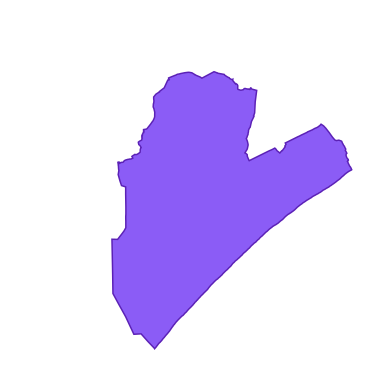 outline of Vērgales pag., Pavilostas, Latvia, rotated 225°
{"feature_id": "27541924B6474784348402", "entity_name": "Vērgales pag.", "entity_type": "district", "adm_level": 2, "iso_a3": "LVA", "parent_name": "Latvia", "parent_adm1": "Pavilostas", "projection": "orthographic", "projection_center": [21.107, 56.72], "detail": "fine", "context": "isolated", "style": "filled", "palette": "violet", "viewbox_px": 384, "rotation_deg": 225, "n_neighbors": 0, "source": "geoboundaries", "source_scale": "gbopen_adm2", "svg_char_len": 5921}
<svg xmlns="http://www.w3.org/2000/svg" viewBox="0 0 384 384"><g transform="rotate(225 192 192)"><path d="M107.6,54.7L107.6,54.8L107.7,55.4L107.7,56.5L108.4,61.3L108.4,62.4L108.3,63.3L108.4,63.8L108.4,65.3L108.8,68.2L108.8,69.6L108.9,70.1L109.1,71.9L109.1,72.3L109.2,73.0L109.2,74.1L109.5,76.9L109.6,77.9L109.9,79.4L110.1,80.5L110.5,82.7L110.5,83.4L110.8,84.2L110.9,85.5L110.8,85.9L111.0,86.5L111.3,89.1L111.3,90.0L111.4,91.4L111.4,94.2L111.4,97.1L111.2,97.9L111.1,98.5L111.3,101.7L111.2,102.4L111.2,103.6L111.4,104.9L111.4,105.7L111.5,107.3L111.4,108.2L111.5,108.8L111.4,109.6L111.5,111.2L111.4,112.1L111.6,113.5L111.7,114.2L111.6,114.7L111.9,116.1L111.8,116.8L111.8,117.1L111.8,117.9L112.0,118.6L111.8,119.3L112.0,120.9L112.0,121.9L112.1,122.6L112.0,123.8L112.2,124.8L112.2,125.7L112.1,126.2L112.1,127.9L112.2,129.1L112.1,130.0L112.2,131.0L112.1,132.1L112.1,132.7L112.1,134.1L112.5,136.3L112.8,139.9L112.8,140.9L112.7,141.5L112.8,143.3L112.8,144.9L112.8,145.3L112.8,146.0L112.7,147.5L112.4,148.7L112.5,149.8L112.3,151.8L112.3,153.5L112.2,154.6L112.3,155.3L112.4,156.0L112.4,156.5L112.4,158.7L112.4,160.1L112.2,162.1L112.3,164.7L112.2,166.1L112.2,167.5L112.5,169.2L112.5,169.7L112.6,170.0L112.6,171.3L112.5,171.7L112.5,172.2L112.6,173.3L112.6,173.8L112.4,175.5L112.3,176.0L112.3,178.0L112.1,179.2L112.2,180.7L112.0,182.7L112.2,183.6L112.2,184.4L112.2,184.9L112.2,186.5L111.9,187.7L112.0,188.5L111.9,190.7L112.0,191.6L111.8,192.9L112.0,195.3L112.0,196.4L112.0,196.7L111.9,197.5L111.9,199.7L111.7,200.8L111.5,201.7L111.5,202.1L111.6,202.5L111.6,204.1L111.6,205.0L111.4,206.2L111.6,207.7L111.5,209.3L111.5,209.9L111.3,210.6L111.4,212.7L111.3,213.9L111.4,215.3L111.1,217.4L111.1,218.2L111.1,219.4L111.1,219.8L111.0,220.9L111.0,221.1L110.8,221.9L110.8,222.7L110.6,223.3L110.6,224.1L110.6,224.7L110.5,225.2L110.3,225.5L110.2,226.4L109.6,228.2L109.6,228.5L109.1,230.8L108.9,234.2L108.5,236.6L108.6,240.4L108.5,241.6L108.4,242.9L108.3,243.4L108.3,244.1L107.9,245.0L108.0,245.3L108.0,245.6L107.6,246.6L107.0,250.2L106.8,252.1L106.8,255.7L106.3,259.8L106.0,261.2L105.9,262.7L105.4,264.8L105.0,267.2L104.1,270.7L104.0,271.3L103.6,272.6L103.6,273.3L103.5,274.1L103.0,275.8L102.6,277.0L102.2,278.7L101.8,279.5L101.6,280.8L101.0,282.8L100.8,284.2L100.7,284.8L100.6,286.0L100.4,286.7L100.0,287.7L99.6,289.7L99.3,290.5L99.1,291.3L98.8,292.2L98.6,294.1L98.3,295.0L98.1,296.6L97.9,297.4L97.3,301.3L97.2,302.7L96.7,305.8L96.7,308.6L96.5,310.3L96.5,311.0L96.4,311.5L96.5,312.1L96.5,312.6L96.3,313.3L96.3,314.0L96.0,316.0L95.6,317.9L94.9,320.1L94.8,320.4L94.8,320.7L96.9,321.5L97.7,321.7L98.8,321.8L102.3,323.0L103.1,323.5L103.7,323.5L103.8,324.0L103.9,324.9L104.2,324.9L104.2,325.2L104.4,325.4L104.8,325.5L106.8,325.7L108.8,326.7L109.9,327.9L109.9,328.9L111.4,329.4L112.8,329.7L112.8,329.8L113.0,330.1L113.7,331.1L115.5,331.6L116.5,332.1L117.8,332.2L118.9,332.6L120.4,333.0L121.9,333.7L122.5,333.6L124.8,332.5L126.3,330.4L127.7,329.8L131.5,330.1L136.9,331.0L142.5,331.7L145.7,331.8L148.7,331.2L148.6,329.6L148.9,327.4L149.1,326.3L150.2,323.6L150.9,321.0L152.3,317.4L152.8,316.2L152.9,315.3L155.0,309.5L155.7,307.2L156.1,306.3L160.7,292.6L159.3,292.2L158.8,290.1L158.1,289.9L157.4,285.0L157.6,284.9L157.7,284.7L157.5,281.7L161.1,281.3L163.3,281.7L164.5,281.6L165.3,278.9L166.8,275.0L173.7,254.6L174.2,254.7L177.8,256.2L178.2,256.4L179.5,257.5L180.9,257.4L182.2,257.1L183.0,260.2L183.0,260.5L183.4,261.6L185.4,264.7L186.1,265.4L188.8,267.1L191.4,268.2L191.7,269.3L192.6,271.0L193.0,272.2L194.1,273.5L194.5,274.3L195.6,275.5L196.4,277.3L196.6,278.2L196.6,278.6L196.7,279.0L199.8,283.9L201.3,288.3L201.8,289.5L202.3,289.4L203.6,292.2L211.0,300.4L218.1,309.6L221.9,307.4L222.8,307.0L224.6,307.4L223.7,306.7L223.6,305.4L224.4,305.0L224.6,305.1L224.8,304.6L225.0,304.5L225.0,304.4L225.2,304.2L225.4,304.1L225.9,303.9L226.0,303.7L227.5,302.9L228.2,302.1L228.1,300.8L228.1,300.6L228.4,300.1L229.3,298.7L229.7,298.3L232.1,297.1L233.0,297.6L234.7,299.5L235.9,300.0L237.7,299.7L238.3,299.4L238.2,299.3L239.0,299.3L240.4,299.5L241.9,299.6L242.9,300.6L243.0,300.1L243.2,299.8L243.7,299.5L245.7,298.9L246.5,299.1L247.9,298.5L251.7,297.7L252.1,297.9L252.4,297.9L257.8,294.2L258.5,294.1L258.7,293.8L259.7,293.5L261.5,292.6L265.5,279.5L267.5,279.1L271.6,277.4L272.9,277.1L273.1,276.9L273.2,277.0L276.4,276.2L278.8,274.5L279.7,273.5L281.4,271.3L283.8,267.7L284.6,266.2L285.3,265.4L285.8,264.4L286.2,262.8L286.4,262.7L289.2,256.1L288.8,255.7L287.5,255.3L287.6,254.8L288.3,254.1L285.3,246.0L286.1,239.9L285.7,239.6L286.0,238.9L286.7,235.6L286.3,232.1L284.8,230.6L283.3,229.5L281.8,227.5L281.7,227.1L279.6,224.7L277.9,224.0L274.8,222.1L271.6,218.8L270.9,217.5L269.9,214.8L269.8,213.7L269.2,210.3L269.2,210.1L268.8,206.7L268.6,205.2L268.7,204.3L270.4,201.9L269.7,201.4L269.1,201.2L268.9,200.9L269.1,200.8L268.8,200.6L268.7,200.4L268.5,200.2L268.8,200.1L268.1,198.6L267.9,198.0L267.9,197.9L267.7,197.6L267.8,197.5L267.5,197.0L267.5,196.9L267.3,196.4L267.0,196.4L266.8,196.0L266.7,196.1L266.6,195.8L265.7,195.0L265.7,194.9L265.4,194.9L265.4,194.7L264.4,193.4L264.3,193.1L264.8,191.6L265.1,190.4L265.2,189.3L264.9,189.0L263.1,187.9L261.9,188.1L259.4,187.5L259.3,187.3L259.5,187.0L258.5,185.3L256.9,183.6L256.8,183.0L257.2,180.8L257.6,179.4L258.3,178.6L259.0,178.2L259.7,174.7L257.8,174.1L257.9,173.7L258.5,172.1L259.4,171.2L259.6,170.7L260.2,170.1L261.5,167.8L262.0,166.4L261.8,164.4L262.0,164.0L262.5,163.4L263.0,162.9L263.1,162.6L263.4,162.0L263.3,161.9L263.6,160.6L263.7,160.9L264.3,161.6L264.6,161.6L264.6,161.0L264.8,161.0L265.1,161.2L265.4,160.9L265.4,160.6L262.7,158.6L260.8,156.9L259.6,155.9L259.1,155.7L256.5,152.1L250.8,148.9L246.4,146.7L242.5,148.7L237.3,143.5L228.1,134.6L223.1,129.6L221.6,127.9L219.8,126.1L218.3,124.7L213.5,119.9L212.5,116.3L212.1,113.7L211.1,105.9L215.2,102.0L195.0,82.6L189.4,77.2L176.1,64.3L165.0,61.0L150.7,56.9L132.5,50.3L127.7,55.7L117.2,55.1L108.3,54.9L107.6,54.7Z" fill="#8b5cf6" stroke="#5b21b6" stroke-width="1.5"/></g></svg>